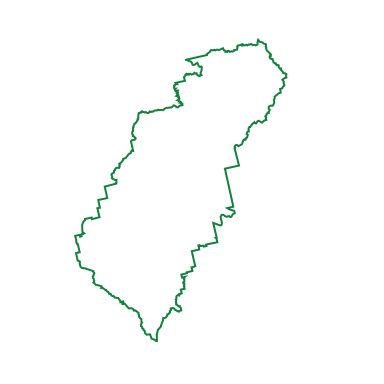 Singleton, New South Wales, Australia, rotated 158°
{"feature_id": "25037944B56685676634678", "entity_name": "Singleton", "entity_type": "district", "adm_level": 2, "iso_a3": "AUS", "parent_name": "Australia", "parent_adm1": "New South Wales", "projection": "mercator", "projection_center": [150.791, -32.605], "detail": "fine", "context": "isolated", "style": "outline", "palette": "green", "viewbox_px": 384, "rotation_deg": 158, "n_neighbors": 0, "source": "geoboundaries", "source_scale": "gbopen_adm2", "svg_char_len": 6019}
<svg xmlns="http://www.w3.org/2000/svg" viewBox="0 0 384 384"><g transform="rotate(158 192 192)"><path d="M301.4,207.1L301.9,205.9L303.7,205.2L306.2,202.6L308.3,196.7L308.4,195.5L307.6,194.3L308.4,194.4L308.5,193.9L309.9,194.4L310.8,193.5L311.0,192.3L312.5,192.5L312.2,194.3L316.7,195.1L317.6,189.8L318.1,188.8L317.9,186.7L317.4,186.6L318.7,178.2L322.4,178.8L323.7,171.3L322.1,169.9L322.3,168.5L322.9,168.0L323.4,164.5L322.5,162.7L319.9,161.4L313.2,155.6L313.5,155.1L312.9,153.7L313.1,153.1L314.2,152.4L314.7,151.1L315.7,150.8L316.1,149.7L315.6,148.3L316.1,147.3L315.9,146.5L316.4,145.4L317.4,144.9L316.5,143.8L316.2,142.3L311.1,138.5L311.2,137.7L312.1,137.1L310.3,136.0L309.0,133.5L308.4,133.3L308.0,131.6L307.1,130.8L307.0,128.6L305.6,128.1L305.5,126.3L304.7,125.3L303.7,125.0L303.1,123.0L300.2,121.4L299.3,118.2L299.7,116.6L296.8,116.4L297.0,115.1L298.3,115.4L298.5,114.1L296.3,113.7L294.2,107.7L291.9,107.1L290.6,105.7L290.3,103.7L289.1,103.6L287.6,101.3L286.9,99.8L287.4,99.1L287.2,98.0L287.8,96.3L287.1,93.7L286.5,93.2L287.6,90.3L287.2,89.7L289.0,88.3L289.5,86.8L288.9,86.1L289.2,84.4L288.3,83.1L288.7,82.2L287.9,81.2L288.4,78.7L287.5,76.7L284.2,75.7L284.4,71.1L282.0,69.0L281.2,67.2L280.3,67.0L278.2,72.7L275.3,76.9L271.4,78.8L270.8,79.8L267.2,83.6L266.0,85.8L263.8,85.3L261.4,86.4L260.7,87.8L259.5,87.5L258.7,88.2L257.5,88.6L257.1,89.9L255.7,90.6L255.4,92.0L253.2,91.7L252.1,90.3L252.0,89.4L249.6,86.4L248.8,86.0L248.4,86.6L246.3,86.2L245.8,88.9L246.4,90.2L246.2,90.8L247.4,91.0L247.5,92.0L248.8,93.5L248.4,93.9L248.5,94.9L248.0,95.3L248.1,96.2L246.9,98.0L247.2,98.5L246.5,98.9L245.6,101.0L244.5,101.6L243.9,101.7L242.6,100.8L242.4,101.1L242.8,101.6L242.1,102.3L239.5,101.8L238.9,105.7L235.1,105.0L234.8,107.5L234.4,107.5L234.4,108.4L233.7,109.1L234.1,110.3L233.5,110.4L233.8,111.6L232.8,111.8L232.0,113.2L232.2,114.3L231.6,114.6L231.8,115.5L230.5,116.0L233.3,116.4L232.8,119.4L227.1,118.6L226.9,119.5L221.2,118.6L220.6,122.4L216.8,121.9L214.4,137.2L206.8,136.0L206.1,140.1L204.9,139.9L205.1,138.8L201.4,138.1L201.2,138.7L201.5,137.0L198.8,136.5L198.6,138.0L187.3,135.9L186.7,139.7L187.2,140.6L186.2,140.5L183.9,155.4L178.6,150.6L177.5,150.2L177.0,150.4L175.8,152.2L174.9,158.1L173.1,159.7L171.6,159.2L170.3,157.1L169.0,156.0L166.6,155.9L166.3,154.9L165.6,154.3L164.5,154.5L162.7,156.0L160.3,156.4L159.9,158.7L163.0,161.1L165.2,163.8L159.2,162.9L152.7,201.3L138.5,198.9L136.1,216.6L135.4,217.0L135.6,217.8L134.1,219.1L132.6,218.7L131.7,217.1L127.8,217.6L125.1,220.7L123.9,221.1L123.4,220.5L122.5,220.5L122.2,221.6L120.5,221.9L118.8,224.2L119.6,225.3L119.1,226.1L117.7,227.2L116.7,226.8L115.7,229.8L114.6,230.7L113.7,230.4L110.3,232.7L108.7,232.8L108.0,233.3L107.7,232.0L106.8,231.6L104.9,233.0L103.6,233.1L101.1,230.1L98.2,231.2L96.1,231.0L96.1,232.3L95.4,233.3L95.7,234.7L94.3,235.2L93.7,236.4L92.5,236.6L92.1,237.2L91.2,236.6L90.9,237.4L89.4,238.6L89.1,239.5L89.7,240.4L88.8,242.4L86.6,242.6L85.0,241.8L84.3,242.1L82.2,244.0L81.6,246.7L80.1,248.0L79.7,249.4L74.7,251.0L72.5,250.9L71.7,254.5L69.7,254.3L68.2,255.6L66.4,256.2L66.1,259.1L65.6,259.9L66.2,262.2L63.7,262.9L61.6,262.8L61.4,264.2L60.3,265.9L61.4,267.4L62.3,267.5L62.9,268.2L62.9,269.8L63.7,271.4L63.3,273.3L64.3,273.5L64.8,275.3L64.2,277.0L64.8,277.6L65.8,277.7L66.4,279.2L66.1,279.9L67.3,280.6L67.8,281.5L67.5,285.1L68.6,285.5L68.7,286.1L69.5,286.7L69.5,288.1L68.2,288.5L68.4,289.6L67.5,289.6L67.3,290.0L69.5,295.0L69.5,297.3L69.0,298.0L69.3,299.2L68.3,300.5L68.2,301.4L70.1,302.9L70.6,304.4L72.7,305.7L73.6,308.3L75.0,306.6L76.0,304.2L77.9,304.0L79.2,305.1L80.6,305.4L81.9,307.2L83.4,307.0L84.4,307.6L85.8,307.2L86.5,308.2L87.3,308.0L89.3,308.7L89.5,309.9L89.9,310.2L90.8,309.2L91.1,310.1L94.9,310.6L95.6,310.0L95.5,309.2L97.0,307.1L99.8,307.8L100.0,307.2L101.9,307.0L102.9,307.8L104.4,307.7L105.1,309.1L106.1,309.2L106.8,308.6L108.0,309.2L107.5,309.5L108.2,309.6L108.5,310.8L109.3,311.4L109.4,313.7L113.8,313.5L115.5,314.7L117.5,314.6L118.0,315.5L119.1,315.4L121.1,316.5L122.1,316.1L122.5,315.4L126.7,314.2L126.9,313.4L148.9,317.0L146.7,316.1L146.2,315.0L144.2,313.4L143.8,312.5L143.8,309.7L141.9,308.9L140.5,309.5L138.6,309.7L138.6,306.2L137.9,305.1L136.4,304.9L136.2,304.1L137.5,301.2L139.4,299.3L139.8,298.0L139.4,296.8L141.9,296.7L141.8,297.3L142.7,297.6L143.5,299.1L143.3,300.4L144.8,300.7L145.2,301.6L146.3,300.9L147.9,301.0L148.6,301.1L149.4,302.3L150.7,302.0L150.7,302.5L152.0,302.6L151.9,303.0L152.7,303.0L152.9,303.6L154.2,303.2L154.3,302.5L155.4,301.8L156.4,301.6L157.0,297.7L166.3,299.3L165.6,297.6L167.1,298.1L167.8,297.4L168.7,297.4L168.8,296.3L169.6,295.6L169.5,294.1L168.6,293.9L169.6,293.3L169.4,291.6L168.1,291.9L168.8,291.3L168.6,290.6L167.5,291.6L167.1,291.4L167.8,290.7L167.8,289.3L169.2,288.8L168.4,287.5L170.4,286.9L168.4,285.6L168.6,285.0L169.2,284.7L168.6,283.8L168.7,283.2L170.8,282.6L169.8,282.1L170.4,280.9L169.1,280.3L169.0,279.7L169.5,279.3L168.7,279.1L169.0,278.3L167.8,277.4L168.3,276.1L170.9,276.6L173.5,275.8L174.2,276.1L175.8,278.7L176.5,279.2L179.2,278.1L184.4,279.6L186.5,279.4L187.9,278.6L189.8,279.7L191.9,280.2L192.5,281.0L193.6,280.7L196.3,281.6L198.0,281.0L199.2,281.7L200.1,281.5L201.1,282.5L202.1,281.7L203.3,281.7L204.6,282.7L204.9,283.5L206.2,283.5L206.7,284.2L207.6,284.5L208.1,285.6L208.9,285.5L209.5,284.7L211.7,285.2L213.3,282.9L213.9,280.8L215.1,280.1L214.9,279.4L218.5,277.0L220.0,276.8L220.2,276.1L221.6,275.1L221.7,274.2L222.6,273.7L223.8,270.5L224.6,270.3L225.5,268.9L225.7,267.2L225.4,266.9L225.8,266.0L225.2,265.5L224.1,262.9L224.5,262.4L225.7,261.9L228.3,262.5L229.6,261.9L231.2,252.1L232.4,252.9L233.5,252.2L234.2,251.0L236.1,251.0L240.8,248.4L243.5,248.4L243.7,247.6L246.2,246.0L248.9,245.3L248.6,244.4L249.4,244.0L249.6,242.5L250.3,242.4L250.6,241.7L253.1,242.8L254.9,241.8L255.0,241.3L256.4,240.9L257.1,239.2L259.5,239.0L260.3,238.0L260.2,236.2L261.1,234.8L259.2,232.2L257.5,231.5L258.6,228.8L259.2,228.9L259.3,228.2L270.9,229.7L272.8,218.1L281.9,219.7L283.3,211.9L285.8,212.4L287.2,203.3L294.9,204.3L294.6,205.9L301.4,207.1Z" fill="none" stroke="#15803d" stroke-width="2"/></g></svg>